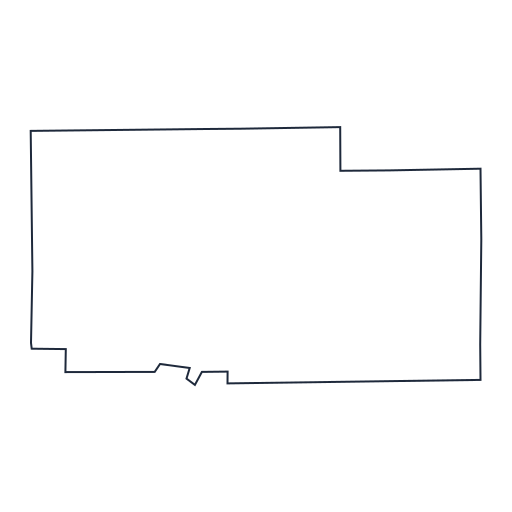 Ogle, Illinois, United States of America
{"feature_id": "52423323B31657722405352", "entity_name": "Ogle", "entity_type": "district", "adm_level": 2, "iso_a3": "USA", "parent_name": "United States of America", "parent_adm1": "Illinois", "projection": "albers", "projection_center": [-89.343, 42.045], "detail": "fine", "context": "isolated", "style": "outline", "palette": "slate", "viewbox_px": 512, "rotation_deg": 0, "n_neighbors": 0, "source": "geoboundaries", "source_scale": "gbopen_adm2", "svg_char_len": 409}
<svg xmlns="http://www.w3.org/2000/svg" viewBox="0 0 512 512"><path d="M480.5,379.9L480.2,344.5L481.3,239.4L480.5,168.7L389.1,170.4L340.4,170.8L340.2,127.1L241.6,128.7L206.2,129.0L30.7,130.9L32.4,271.4L31.0,342.9L31.7,348.7L65.8,349.1L65.4,372.1L154.7,371.9L160.0,364.0L189.7,368.0L186.5,378.6L194.9,384.9L201.9,371.9L227.6,371.6L227.5,383.4L480.5,379.9Z" fill="none" stroke="#1e293b" stroke-width="2"/></svg>